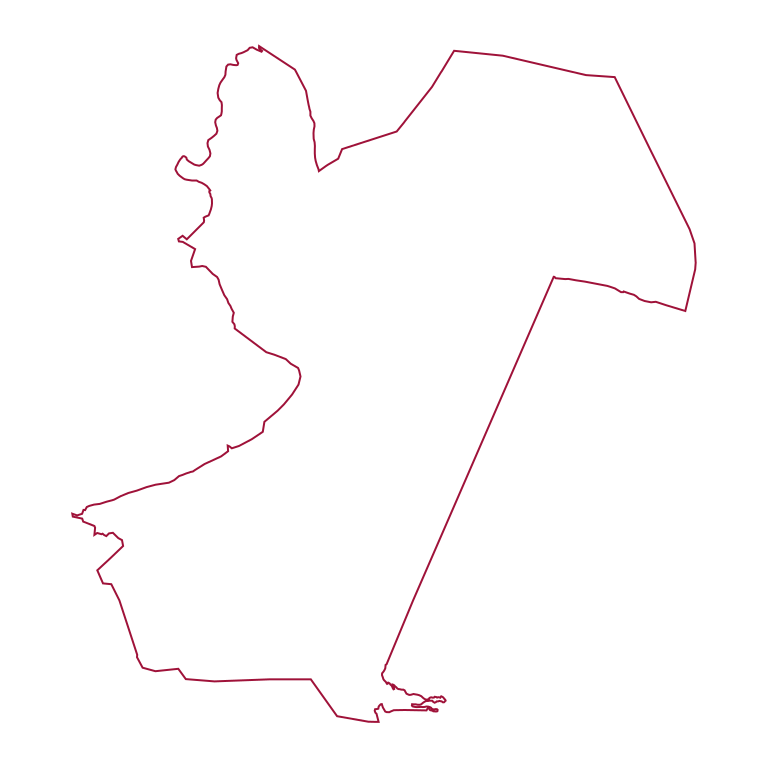 San Dionisio del Mar, Oaxaca, Mexico
{"feature_id": "50627088B65923103498155", "entity_name": "San Dionisio del Mar", "entity_type": "district", "adm_level": 2, "iso_a3": "MEX", "parent_name": "Mexico", "parent_adm1": "Oaxaca", "projection": "natural_earth1", "projection_center": [-94.764, 16.327], "detail": "fine", "context": "isolated", "style": "outline", "palette": "rose", "viewbox_px": 768, "rotation_deg": 0, "n_neighbors": 0, "source": "geoboundaries", "source_scale": "gbopen_adm2", "svg_char_len": 5548}
<svg xmlns="http://www.w3.org/2000/svg" viewBox="0 0 768 768"><path d="M378.6,721.9L376.5,713.7L375.4,712.7L374.7,710.7L375.1,709.2L376.3,709.1L377.0,709.0L378.3,708.7L378.7,706.5L379.5,705.5L380.7,704.3L381.8,704.1L382.3,705.7L382.9,707.5L384.2,709.7L385.2,711.5L386.6,712.1L389.3,712.2L390.9,711.4L393.8,710.2L404.7,710.0L426.5,710.4L427.2,709.1L427.8,708.3L428.2,707.5L429.0,708.2L429.3,708.8L429.6,709.6L430.2,710.2L431.2,710.4L432.5,710.7L433.3,711.3L434.8,711.4L435.8,711.5L437.0,711.4L437.5,711.0L437.6,709.8L436.9,709.2L435.6,709.1L434.8,709.3L432.9,709.3L432.1,708.9L431.6,708.5L431.0,707.7L429.6,707.0L428.1,706.6L426.4,706.5L424.8,706.9L422.9,707.1L421.2,706.9L419.3,707.0L416.3,707.1L414.2,706.8L412.6,706.4L411.9,705.6L412.1,704.2L413.4,704.3L415.6,704.3L417.4,704.7L419.3,704.8L420.8,704.5L421.8,703.8L423.1,702.7L424.8,701.6L426.6,700.9L427.9,701.0L429.4,700.7L430.8,700.7L432.4,700.8L433.1,701.8L434.6,702.7L435.8,702.2L436.7,701.4L438.0,701.4L439.5,700.9L440.9,701.3L441.6,701.3L442.2,701.8L442.9,702.3L443.5,702.3L444.2,702.2L444.9,701.3L445.6,700.7L445.2,699.6L444.3,698.9L443.8,698.1L443.1,697.3L442.1,696.7L441.2,696.3L440.7,696.9L440.3,697.7L439.1,697.3L438.0,697.2L437.1,697.6L436.1,697.0L434.6,696.8L434.1,697.5L433.0,697.7L431.1,697.3L429.5,697.9L429.1,698.8L428.3,699.2L427.0,699.7L425.4,699.4L424.0,698.6L422.9,697.7L421.3,696.2L419.2,695.2L417.4,694.7L415.0,694.3L413.5,694.0L410.8,694.8L409.2,694.9L408.0,694.4L406.5,693.7L405.5,692.0L404.6,690.3L403.2,689.6L402.1,689.7L400.8,689.5L399.8,689.2L398.6,689.1L397.4,688.6L396.3,687.3L395.2,686.5L394.4,685.5L393.9,685.1L393.4,684.8L392.8,684.6L393.1,685.9L393.7,687.4L394.1,688.2L394.2,689.0L393.5,689.3L392.8,688.2L392.2,686.7L391.5,685.5L390.5,684.7L389.6,683.4L388.2,682.6L387.6,682.8L387.7,683.6L387.1,683.9L386.5,683.1L385.9,682.0L384.8,680.9L384.0,680.1L383.4,679.2L382.8,677.3L382.0,675.1L382.1,673.3L382.8,672.5L383.8,671.2L384.7,669.6L385.3,668.2L385.4,667.0L385.6,664.9L386.2,664.5L386.6,664.2L413.1,600.4L442.0,534.0L553.0,278.5L553.7,276.8L554.5,276.9L554.7,277.2L555.6,278.2L565.3,279.1L568.4,278.9L576.0,280.3L584.8,281.6L607.3,285.9L610.2,286.8L614.9,288.4L621.0,292.1L623.3,292.1L623.7,291.5L629.7,293.6L633.9,294.8L636.4,296.4L639.1,298.9L644.6,301.0L651.1,302.3L655.8,301.8L666.1,305.2L685.3,311.0L695.2,269.3L695.4,266.3L695.7,262.6L695.6,261.7L694.5,243.4L689.6,229.2L653.9,157.0L651.2,151.6L614.7,77.1L586.0,75.1L502.8,55.7L454.1,50.8L441.5,71.6L441.2,71.9L432.0,86.9L404.8,121.4L404.1,122.4L396.7,131.5L342.1,149.1L338.2,158.7L327.8,164.8L326.0,166.0L318.9,171.1L318.5,169.2L316.9,165.1L315.7,161.0L315.1,157.7L314.8,153.6L314.8,149.3L314.9,146.0L314.6,142.2L313.7,138.9L313.6,136.5L313.5,133.1L313.8,129.6L314.5,126.3L314.4,123.2L313.4,120.9L311.7,118.3L310.4,115.6L310.4,111.7L309.5,109.0L309.1,106.9L308.6,104.9L307.6,99.7L306.0,90.8L296.1,71.8L294.9,69.6L259.1,46.1L259.0,48.0L260.4,49.5L262.1,50.9L261.5,51.7L258.5,50.4L256.8,49.7L252.6,47.3L249.7,47.8L247.6,50.2L243.6,52.2L241.4,53.1L238.8,53.8L236.7,54.9L236.1,58.2L236.5,60.0L237.3,61.5L238.2,63.2L237.6,64.9L236.4,65.2L235.0,65.1L233.1,64.9L230.5,64.3L228.1,64.6L226.4,66.5L225.6,71.5L225.4,74.8L224.3,77.3L223.1,78.9L221.9,80.6L220.5,82.6L219.3,85.2L218.3,88.9L217.6,93.0L218.3,97.7L219.8,100.3L221.5,102.2L221.9,105.1L221.8,108.3L221.8,111.4L221.4,113.8L221.0,115.3L219.3,116.5L217.2,117.9L215.7,119.6L215.2,122.2L215.9,125.4L216.9,128.0L217.4,130.8L216.4,133.7L214.1,135.8L211.5,137.9L208.3,140.1L207.5,143.1L207.9,146.5L209.5,149.8L210.4,153.4L209.9,156.3L208.2,158.4L206.4,160.3L204.6,162.3L203.2,163.8L201.7,164.8L199.2,165.7L196.1,165.1L194.3,164.6L193.0,163.8L188.7,161.2L186.8,159.5L186.4,157.8L185.6,157.0L184.4,156.3L183.2,156.2L182.3,156.8L181.8,157.8L180.8,158.7L179.5,160.5L178.4,162.3L177.4,164.5L176.0,167.0L175.4,169.3L175.9,170.6L176.8,172.1L177.7,173.8L179.6,175.7L181.6,177.2L183.1,178.3L184.6,179.2L186.6,179.7L191.8,180.5L196.6,180.5L198.8,181.8L201.7,182.8L204.3,184.3L206.9,186.1L209.2,189.0L210.8,191.2L209.9,190.4L209.3,191.1L209.4,192.5L210.3,193.9L210.6,196.2L211.6,198.0L211.9,199.4L212.0,203.5L211.7,206.1L210.9,209.4L209.8,212.4L209.4,213.6L208.6,215.4L205.3,216.7L203.7,217.7L204.1,220.5L203.8,222.3L186.8,239.3L182.6,235.8L178.2,238.9L178.9,241.4L182.8,241.9L195.1,249.1L191.0,260.9L192.0,267.1L199.2,266.6L202.2,266.0L205.9,266.8L212.7,273.9L217.1,277.0L218.6,279.7L219.6,284.2L221.9,289.7L224.3,295.2L227.1,299.2L228.4,303.0L230.4,305.9L231.5,308.6L233.8,312.8L232.8,316.5L232.4,321.8L234.4,324.3L234.8,326.2L234.7,328.5L266.3,352.2L274.3,354.7L285.8,359.1L290.7,363.7L298.1,368.0L299.0,370.3L299.1,370.5L300.5,376.5L298.5,384.6L292.1,394.5L283.9,404.4L277.5,410.8L264.4,421.8L262.8,431.8L251.8,439.2L238.9,446.0L231.8,448.3L229.5,446.4L227.7,445.6L228.1,451.2L221.1,456.4L204.6,464.0L195.2,469.9L192.9,471.5L190.4,472.0L189.5,472.4L186.3,473.4L182.6,474.9L179.0,476.1L174.3,480.1L168.9,482.7L155.6,484.7L146.6,487.1L136.9,490.6L128.3,493.0L120.6,496.2L114.2,499.6L112.0,500.3L106.6,501.7L99.8,503.9L94.0,504.6L89.3,505.9L86.8,507.0L85.1,510.1L83.5,509.9L82.1,513.8L77.1,515.4L72.3,513.7L72.8,516.6L82.2,518.6L83.2,521.6L94.4,526.0L95.1,527.7L94.4,534.9L97.2,533.0L101.5,534.2L102.6,533.7L104.1,535.0L106.3,536.1L109.0,533.4L112.9,532.8L118.3,538.1L122.0,540.1L123.1,546.0L110.9,557.7L97.3,570.3L103.0,583.4L111.3,584.2L119.4,600.4L137.2,654.8L137.0,657.2L142.6,667.7L155.4,671.2L178.3,668.8L185.8,679.1L214.5,681.4L270.4,679.3L310.8,679.3L333.1,710.6L337.1,716.2L368.3,721.7L376.3,721.9L378.6,721.9Z" fill="none" stroke="#9f1239" stroke-width="2"/></svg>